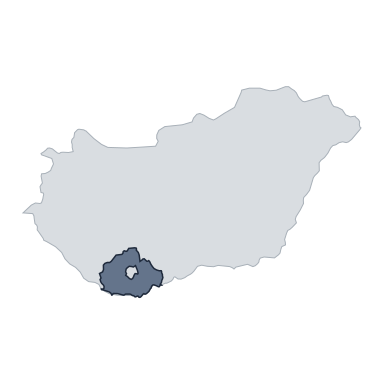 Hungary, with Baranya highlighted
{"feature_id": "HUN-3155", "entity_name": "Baranya", "entity_type": "County", "adm_level": 1, "iso_a3": "HUN", "parent_name": "Hungary", "parent_adm1": "", "projection": "albers", "projection_center": [18.29, 46.076], "detail": "fine", "context": "in_parent", "style": "filled", "palette": "slate", "viewbox_px": 384, "rotation_deg": 0, "n_neighbors": 0, "source": "natural_earth", "source_scale": "10m", "svg_char_len": 4267}
<svg xmlns="http://www.w3.org/2000/svg" viewBox="0 0 384 384"><path d="M322.5,96.0L327.1,95.2L327.3,95.3L328.5,95.6L329.4,99.0L329.6,99.2L330.8,101.4L332.0,104.3L333.8,106.5L337.4,107.3L342.3,109.8L345.7,114.9L350.4,116.8L350.8,116.9L351.7,116.6L355.0,116.2L355.7,117.2L358.5,119.6L359.7,121.8L359.3,124.3L359.9,127.0L361.0,127.9L359.8,129.7L351.7,139.3L348.4,141.9L346.2,142.6L342.6,141.8L339.0,142.7L335.8,144.8L332.8,145.6L330.6,148.0L327.9,153.1L324.5,157.5L320.9,160.3L319.1,162.7L319.3,170.8L317.3,173.2L314.7,175.7L313.3,177.8L309.6,190.3L306.6,194.4L303.7,197.5L303.3,200.3L303.5,203.5L300.3,209.9L296.1,216.6L295.3,219.3L296.4,222.9L292.2,227.3L289.8,229.4L287.8,230.4L286.6,233.1L284.6,239.5L285.3,242.3L285.5,244.9L281.8,246.6L280.8,249.5L280.0,253.1L278.5,254.8L274.5,257.9L264.1,257.0L260.2,258.1L259.1,260.2L258.9,261.9L257.7,263.6L255.3,265.7L252.9,266.6L247.5,264.3L235.9,267.1L234.0,269.0L232.3,267.7L229.8,266.6L218.1,265.4L213.6,266.7L207.4,266.3L201.7,265.2L197.5,266.3L193.8,271.3L192.0,273.1L190.5,274.2L187.4,275.8L184.7,277.7L181.1,279.1L178.0,279.0L174.9,276.8L173.8,277.3L172.9,279.3L171.3,281.0L166.8,283.2L165.6,283.1L165.4,283.2L161.9,284.7L156.2,285.6L153.3,285.0L148.1,292.0L146.6,293.3L141.6,295.4L137.5,296.5L134.0,295.6L132.7,295.6L117.2,295.2L109.1,293.6L104.0,290.9L100.6,287.8L98.9,284.4L94.9,282.4L88.6,281.6L83.7,278.2L80.3,272.2L75.6,267.4L69.7,263.9L65.0,258.9L61.7,252.5L55.5,246.7L46.5,241.5L43.8,240.3L43.3,238.6L39.0,232.3L37.2,229.9L37.4,226.8L36.6,225.0L35.0,223.7L34.3,219.2L33.9,215.8L32.7,213.6L23.0,212.9L31.3,205.1L35.4,203.0L40.0,203.5L41.5,202.8L41.9,201.6L42.8,199.0L43.2,196.6L43.7,194.3L43.2,193.0L41.0,192.5L40.0,186.7L41.2,184.6L42.4,183.1L41.1,176.1L41.6,173.8L45.2,173.5L48.2,172.1L50.7,170.4L51.4,168.3L53.5,164.0L51.8,158.5L41.5,154.8L41.0,153.5L43.5,152.0L46.1,149.9L47.6,148.2L49.6,148.0L52.4,148.9L57.3,152.9L59.2,153.5L61.0,152.4L63.0,152.2L68.5,152.5L73.2,151.6L72.2,147.5L72.2,144.5L71.5,142.0L72.0,139.4L73.9,137.4L74.6,132.7L77.5,129.7L78.9,129.2L83.9,129.9L85.1,130.7L85.9,130.9L93.9,138.6L101.5,144.4L107.8,147.4L117.0,147.7L126.8,148.0L143.3,147.0L155.6,146.2L156.4,144.7L158.2,141.3L156.7,138.4L156.8,134.9L158.8,130.4L164.8,126.6L182.2,124.8L192.1,121.9L193.5,118.1L196.8,114.3L199.8,113.5L203.9,115.1L209.0,118.3L213.4,120.0L215.9,118.8L224.6,113.1L234.5,107.4L241.1,92.5L241.7,90.1L249.2,88.2L260.1,88.2L265.8,89.9L270.0,90.8L276.3,90.2L285.3,86.7L288.7,86.7L291.4,88.8L294.3,90.6L296.4,92.9L298.0,96.2L298.8,97.4L300.2,99.0L302.6,101.3L304.8,101.8L321.5,97.0L322.5,96.0Z" fill="#d9dde1" stroke="#a8b0b8" stroke-width="1"/><path d="M111.7,295.0L111.7,294.7L110.7,293.0L109.2,291.9L103.0,289.9L101.8,289.8L101.4,289.5L101.3,289.0L102.7,289.1L103.9,288.5L104.1,286.4L103.3,284.9L101.8,283.5L100.7,281.7L100.1,279.5L101.0,278.0L99.5,273.5L102.6,271.9L103.5,269.6L103.4,265.1L104.9,263.4L107.2,262.5L109.7,262.5L111.3,261.3L116.1,255.1L121.9,254.4L122.9,253.3L123.2,251.6L124.2,250.8L125.5,251.2L126.8,251.3L127.8,250.0L128.7,248.4L134.7,247.8L136.2,248.1L136.5,249.0L136.3,250.2L138.3,252.5L139.2,255.1L140.0,261.4L142.0,260.0L142.9,259.0L144.2,258.8L146.7,261.2L147.7,261.2L148.7,260.6L149.6,261.5L150.9,264.3L152.5,266.7L154.1,268.6L156.7,270.0L159.4,270.8L160.3,270.7L161.3,270.8L161.6,271.6L161.6,272.7L162.4,274.4L162.5,276.2L162.9,277.3L162.5,278.9L161.8,280.3L161.4,282.6L160.3,284.1L161.4,285.1L161.1,285.1L160.5,284.5L160.0,285.3L159.7,286.0L159.5,286.5L159.0,286.8L158.3,286.7L156.3,285.7L153.8,284.8L152.8,285.0L151.6,286.2L151.5,286.5L151.3,287.4L151.2,287.9L150.3,288.8L149.2,291.0L148.6,291.7L146.4,293.7L145.0,294.2L143.9,293.6L143.0,294.2L141.3,296.4L140.3,297.2L139.9,297.3L139.6,297.3L139.2,297.3L138.9,297.2L138.0,296.1L137.2,296.1L136.3,296.6L135.4,296.9L134.5,296.6L133.7,295.6L132.5,295.6L130.9,294.4L129.9,294.1L125.7,294.1L125.3,294.2L124.4,294.9L123.8,295.1L123.2,295.1L117.8,293.6L114.2,293.5L113.4,293.5L112.9,293.8L112.7,294.4L112.4,294.9L111.7,295.0ZM137.7,274.0L138.1,273.2L137.4,270.3L135.5,265.6L133.4,267.0L131.4,266.5L129.2,266.3L127.2,267.8L126.1,269.1L125.6,272.0L126.5,273.6L125.7,275.4L127.4,276.5L129.4,278.5L131.2,279.4L132.6,278.5L133.5,276.9L134.1,275.2L135.1,273.6L136.0,273.6L137.7,274.0Z" fill="#64748b" stroke="#1e293b" stroke-width="1.5"/></svg>